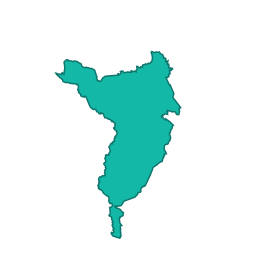 Chichiquila, Puebla, Mexico, rotated 149°
{"feature_id": "50627088B29125905034403", "entity_name": "Chichiquila", "entity_type": "district", "adm_level": 2, "iso_a3": "MEX", "parent_name": "Mexico", "parent_adm1": "Puebla", "projection": "equal_earth", "projection_center": [-97.065, 19.207], "detail": "fine", "context": "isolated", "style": "filled", "palette": "teal", "viewbox_px": 256, "rotation_deg": 149, "n_neighbors": 0, "source": "geoboundaries", "source_scale": "gbopen_adm2", "svg_char_len": 5844}
<svg xmlns="http://www.w3.org/2000/svg" viewBox="0 0 256 256"><g transform="rotate(149 128 128)"><path d="M191.9,37.9L191.4,38.0L191.2,38.5L190.8,38.2L190.1,38.7L190.0,39.1L189.4,39.3L189.0,40.6L188.0,42.3L188.1,42.7L187.9,42.8L187.3,44.1L186.5,44.9L185.5,47.4L184.3,48.0L183.6,47.7L183.9,50.4L183.1,52.9L181.8,55.0L181.6,55.0L181.2,55.7L180.8,55.4L180.6,55.7L179.6,55.8L178.9,55.5L177.4,55.5L176.3,56.8L176.2,57.5L175.5,57.9L176.6,59.8L176.5,61.6L177.0,62.9L177.6,63.3L178.4,64.8L179.0,64.9L179.1,66.1L179.6,66.6L179.6,67.8L176.9,66.1L175.6,65.9L175.2,65.5L174.0,65.1L172.7,65.5L169.1,67.4L157.8,65.2L154.2,66.1L152.5,67.6L152.2,67.2L151.0,66.7L149.7,66.9L148.8,68.8L147.6,69.6L146.6,70.0L146.3,69.9L145.8,70.1L145.3,69.8L143.7,70.3L143.6,69.6L142.9,69.7L131.6,77.3L131.1,78.2L129.4,79.0L127.3,81.0L125.9,81.5L123.6,81.4L122.8,81.8L121.9,81.5L121.6,81.9L117.2,82.2L116.5,81.8L115.8,81.8L115.6,82.3L115.2,82.4L115.1,82.8L113.9,83.8L113.4,84.1L113.0,84.1L112.7,84.7L111.8,85.0L111.8,85.3L111.3,85.8L110.9,85.8L110.5,86.1L110.2,86.9L108.4,86.2L108.1,87.6L108.0,90.8L107.4,92.1L105.8,94.0L105.1,94.5L104.2,94.5L102.3,93.8L101.6,94.0L101.0,94.7L99.9,95.4L98.5,95.6L98.4,96.1L96.5,97.6L95.7,100.2L95.6,101.8L93.8,102.5L92.9,103.9L90.4,105.1L89.5,106.2L88.1,107.1L87.7,107.1L88.2,108.5L88.2,109.4L88.6,109.9L88.8,111.6L89.2,112.6L89.6,113.0L90.0,114.4L90.8,115.4L90.8,116.3L91.8,115.7L92.2,116.0L92.6,118.7L93.2,119.9L93.1,120.4L93.4,120.4L93.1,121.0L92.2,121.0L91.9,120.7L91.6,121.3L91.0,120.9L90.6,121.1L90.0,120.9L89.6,121.3L88.8,121.0L87.1,119.3L86.9,120.1L86.2,120.7L86.1,121.5L85.6,121.3L85.3,121.9L85.6,122.0L85.3,122.8L83.5,121.2L81.7,118.9L80.5,118.7L80.0,118.0L79.5,117.8L79.1,117.2L79.1,116.3L79.4,115.4L79.2,114.4L77.6,113.3L75.4,115.5L73.9,118.7L72.5,118.2L72.4,118.8L73.8,131.0L73.3,131.8L71.0,133.8L69.7,143.1L70.4,143.1L69.6,151.3L69.2,151.1L69.1,151.8L67.8,151.0L66.4,151.2L66.1,152.0L65.4,152.4L65.1,152.9L64.8,152.7L64.6,153.3L63.8,153.2L62.9,155.8L62.4,155.5L62.1,156.0L61.6,155.2L61.0,155.2L59.8,155.9L59.4,155.7L59.2,156.2L60.4,157.1L60.8,157.0L60.8,157.7L61.4,158.7L62.1,158.8L62.0,159.2L60.6,160.7L61.0,161.1L60.8,161.4L61.2,162.2L60.8,162.2L61.3,162.7L61.2,163.2L60.6,163.5L59.4,164.8L60.1,164.7L60.2,165.1L60.7,164.8L61.5,165.5L59.9,168.1L60.3,168.8L60.6,168.5L60.9,169.5L61.4,169.7L60.9,170.7L60.6,172.7L60.9,173.6L61.3,173.8L61.6,174.3L62.0,175.8L62.0,177.1L63.3,177.4L64.5,178.6L65.5,178.7L67.2,179.5L67.6,180.6L68.5,181.4L69.5,180.2L69.6,178.6L70.4,176.9L70.4,176.3L72.5,173.5L73.4,172.8L73.8,173.0L74.4,172.5L75.8,172.0L77.4,173.1L78.2,172.7L78.7,172.7L80.1,174.0L81.0,173.6L81.8,173.8L82.2,174.3L82.6,174.4L83.1,174.3L84.0,173.4L84.3,172.7L85.5,173.9L86.3,173.3L87.4,173.7L88.1,175.9L88.6,176.3L89.1,175.9L89.5,174.5L90.0,173.6L91.6,173.1L91.9,172.7L91.9,172.1L92.1,171.9L92.6,173.0L95.1,174.1L95.6,175.4L95.9,175.4L96.1,174.1L96.4,174.1L97.0,174.2L97.9,175.2L98.5,175.2L99.3,176.2L100.9,176.5L101.4,176.9L102.7,177.2L103.0,177.6L103.1,179.4L104.4,180.1L105.4,180.3L105.4,179.2L106.1,178.5L106.8,178.2L107.8,178.6L108.3,179.6L108.6,179.7L108.8,178.2L120.7,184.0L123.8,183.9L127.1,182.1L127.9,182.2L128.2,183.0L129.2,183.8L129.7,183.8L129.8,184.1L129.3,186.1L129.4,186.6L128.5,187.6L128.1,188.3L128.1,189.4L126.8,194.7L128.5,197.8L129.8,198.4L130.2,199.2L132.6,201.6L134.3,202.1L135.7,204.2L135.2,207.3L136.7,209.4L137.3,211.2L138.0,211.6L139.4,213.1L140.6,213.2L141.4,213.7L142.1,214.7L143.3,215.3L144.3,216.6L144.9,216.8L144.9,217.2L144.6,217.4L145.6,218.1L147.9,217.8L148.9,217.4L150.9,212.5L155.3,207.0L155.8,209.2L156.3,209.2L157.6,208.2L158.8,209.4L160.4,210.4L160.9,211.5L161.6,212.1L161.6,210.4L161.1,209.7L161.1,208.7L160.8,208.2L160.4,206.1L159.3,203.4L159.2,202.9L159.7,201.7L159.5,201.0L158.1,199.1L156.2,198.1L154.2,195.7L150.2,192.9L149.6,191.6L149.1,191.7L148.7,191.4L149.0,189.1L150.7,187.1L151.5,186.7L151.1,185.0L152.0,184.2L151.7,183.7L151.9,182.8L151.2,181.7L151.7,180.2L151.7,179.5L151.4,178.9L150.7,178.2L150.3,178.2L149.7,177.0L148.4,177.3L148.0,175.8L149.4,166.9L149.4,165.1L148.7,162.7L148.2,161.9L147.8,161.4L146.5,161.1L146.1,160.4L146.2,159.3L146.5,158.2L146.1,158.0L145.4,156.8L145.4,155.2L144.3,154.2L143.9,154.9L143.2,155.0L142.8,153.9L142.1,153.3L141.9,152.7L142.5,149.6L142.5,148.6L142.1,148.6L141.2,147.8L140.4,145.9L139.7,145.2L138.9,145.0L138.5,141.7L137.6,141.9L137.6,141.0L137.0,139.5L136.8,138.5L138.8,135.6L139.6,135.3L140.1,135.5L140.4,135.0L140.0,134.6L140.3,134.0L140.3,133.3L139.6,132.6L139.4,131.9L139.8,131.1L139.7,129.9L140.7,128.1L141.3,128.1L144.1,127.0L144.0,126.3L145.7,125.5L146.3,123.7L146.8,123.6L147.4,124.0L148.7,123.9L149.3,122.5L149.8,122.7L150.5,123.5L153.2,121.9L153.8,121.8L154.3,121.3L154.3,119.7L155.1,117.3L157.2,116.0L158.0,115.7L158.3,114.8L159.0,114.6L159.6,115.6L160.5,116.2L160.9,116.3L161.4,116.0L162.2,114.6L163.4,114.0L163.8,111.9L164.4,110.7L164.9,110.3L166.5,110.2L167.3,109.8L166.9,106.9L167.2,106.2L167.7,105.8L167.7,104.8L168.3,104.1L169.5,103.9L169.9,103.6L170.2,102.3L171.4,101.4L171.5,99.9L171.9,99.4L173.2,99.2L174.4,100.3L175.6,100.0L176.0,99.7L177.1,100.5L178.0,100.5L179.5,99.3L180.0,98.3L179.9,96.6L180.1,96.3L181.0,96.5L181.6,95.1L183.5,94.2L183.7,92.9L183.4,92.1L183.6,91.6L184.1,91.7L184.4,91.4L183.7,89.5L182.5,88.5L182.6,84.8L181.1,80.9L180.0,79.3L180.3,77.8L182.0,75.2L182.4,74.2L182.3,72.5L182.0,72.2L181.0,72.1L180.7,71.6L180.8,70.9L181.5,69.4L182.3,68.8L183.1,68.7L184.0,69.3L184.8,69.2L185.6,66.7L186.4,65.8L186.8,64.5L187.7,63.4L189.2,63.0L189.4,62.5L189.2,62.1L188.0,60.5L188.0,60.2L189.1,57.8L189.1,55.7L189.3,55.4L189.7,55.5L190.3,55.1L190.1,53.7L190.4,53.3L191.5,53.1L191.7,52.7L192.1,50.4L191.8,48.9L192.6,48.9L193.4,48.4L193.2,46.9L193.5,46.1L194.2,46.3L194.7,45.9L195.2,45.9L195.9,47.0L196.3,46.8L196.7,46.0L196.8,45.2L196.5,44.0L196.5,43.1L191.9,37.9Z" fill="#14b8a6" stroke="#0f766e" stroke-width="1.5"/></g></svg>